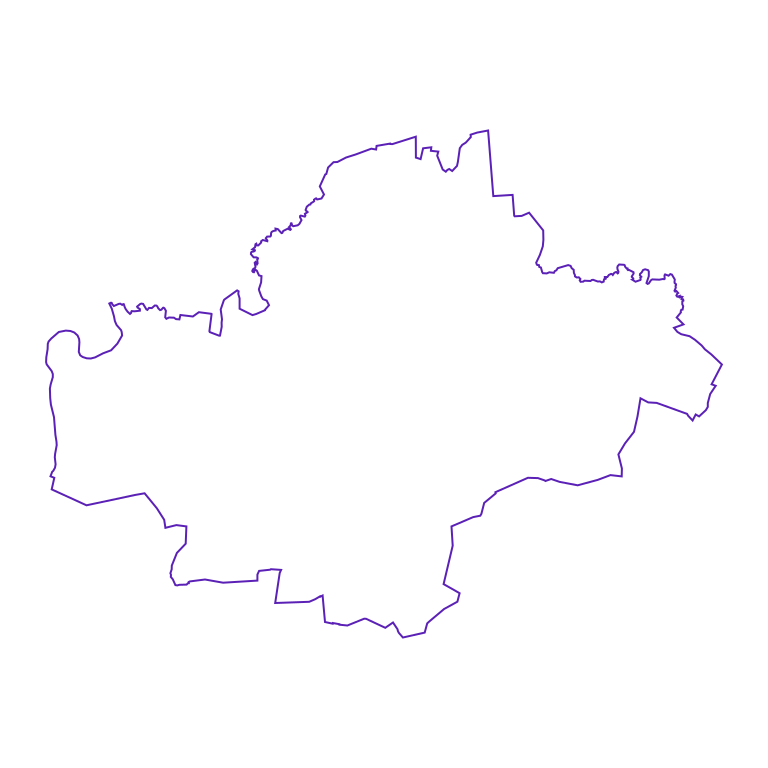 Vārmes pag., Kuldigas, Latvia (orthographic projection)
{"feature_id": "27541924B31224104965388", "entity_name": "Vārmes pag.", "entity_type": "district", "adm_level": 2, "iso_a3": "LVA", "parent_name": "Latvia", "parent_adm1": "Kuldigas", "projection": "orthographic", "projection_center": [22.227, 56.858], "detail": "fine", "context": "isolated", "style": "outline", "palette": "violet", "viewbox_px": 768, "rotation_deg": 0, "n_neighbors": 0, "source": "geoboundaries", "source_scale": "gbopen_adm2", "svg_char_len": 6086}
<svg xmlns="http://www.w3.org/2000/svg" viewBox="0 0 768 768"><path d="M529.1,212.7L521.7,215.9L514.7,216.3L514.2,215.7L512.6,194.9L493.3,196.1L488.1,130.5L477.1,132.6L470.6,134.7L470.8,137.1L465.8,142.6L462.2,144.9L459.8,148.2L457.9,161.8L457.0,165.9L452.2,171.0L449.2,169.0L447.4,169.9L445.8,171.7L442.7,169.5L437.2,155.7L438.3,151.6L430.9,150.8L431.3,147.3L423.1,148.3L420.6,159.1L415.9,157.6L415.8,136.7L392.4,144.1L390.2,144.0L390.1,143.6L376.6,145.9L376.1,149.5L371.3,148.7L355.6,154.5L346.1,157.5L337.4,162.0L333.5,162.2L328.1,167.5L326.3,174.0L325.2,174.5L319.8,186.4L324.0,194.5L321.5,198.5L317.5,199.4L317.0,199.4L316.3,198.4L315.6,198.5L314.0,199.7L314.2,201.1L313.8,201.5L310.9,203.3L310.4,204.5L309.3,204.6L306.8,206.7L305.6,210.0L306.2,210.9L307.5,211.7L307.6,212.2L304.9,213.8L305.4,215.6L304.8,216.6L300.8,215.6L300.1,216.0L300.0,217.1L301.5,220.1L299.4,223.9L297.7,225.3L293.2,226.2L292.3,225.6L291.5,223.3L290.9,223.4L290.6,225.4L289.0,227.1L290.6,228.8L290.8,229.4L290.3,229.9L287.7,228.7L283.2,231.0L282.3,232.9L281.5,233.1L277.8,229.1L275.5,228.6L275.7,230.5L273.3,231.0L271.7,231.9L271.1,233.0L270.9,235.8L270.3,236.5L267.1,236.6L265.8,238.2L267.4,240.6L267.3,241.2L262.8,240.0L261.1,241.3L261.1,242.6L258.3,245.4L256.7,245.4L256.3,243.7L255.5,244.2L255.0,247.3L252.4,249.3L254.9,250.2L254.9,250.7L253.7,251.5L251.8,251.8L251.1,252.4L250.9,254.1L253.6,257.3L256.4,257.4L257.8,258.0L258.0,258.7L257.2,259.4L257.6,263.4L257.0,264.3L255.5,262.0L254.7,262.8L255.5,266.9L255.0,268.0L253.3,268.9L252.4,270.4L252.3,271.1L253.1,272.1L254.0,272.2L254.7,270.1L255.3,269.7L256.0,270.1L256.9,270.8L259.0,275.4L261.5,276.1L261.1,282.4L258.9,289.2L259.2,290.6L261.3,296.3L262.9,299.1L266.7,300.6L269.0,305.2L264.7,310.1L264.8,310.3L256.2,314.0L252.5,315.1L239.6,308.7L239.6,298.4L238.3,293.9L238.6,291.3L237.1,290.4L224.3,299.6L223.8,300.4L220.7,309.5L222.0,319.3L221.6,322.6L221.7,326.8L220.0,335.6L219.2,335.7L209.8,332.1L209.4,331.2L211.6,314.0L211.3,313.8L198.9,312.2L192.9,316.5L180.4,315.0L179.4,319.4L176.0,319.1L174.0,317.7L169.0,317.5L166.4,318.8L165.2,317.3L165.9,310.8L164.4,308.2L163.6,307.7L163.0,307.8L161.4,309.7L160.1,310.1L158.3,308.4L157.3,306.4L156.5,305.6L154.8,305.5L151.8,308.1L149.0,307.9L147.4,309.9L146.4,309.4L143.1,303.9L141.3,303.6L140.2,304.0L137.1,306.6L137.5,307.5L139.9,309.1L139.9,310.7L134.5,311.3L131.7,311.1L131.4,311.5L131.1,312.9L130.0,313.9L127.6,311.7L125.7,309.1L124.8,307.3L123.8,304.2L123.2,304.1L122.2,304.9L120.3,303.7L118.8,303.9L113.9,306.0L112.3,304.3L111.7,302.9L111.0,302.7L109.3,303.5L111.8,308.7L114.0,316.4L114.9,321.1L116.6,325.0L121.1,330.2L121.7,332.1L122.1,335.5L117.4,343.6L111.1,350.3L103.1,353.3L95.1,357.4L90.8,358.5L86.7,358.3L82.7,357.0L80.2,355.3L78.8,351.9L79.4,342.3L79.1,339.0L77.6,335.5L74.3,332.5L70.5,331.0L65.8,330.6L58.8,332.0L51.3,338.5L48.6,341.5L47.8,343.8L47.6,349.2L46.3,357.3L46.1,362.1L46.7,364.4L51.7,371.1L52.8,374.0L52.8,377.2L50.7,384.3L49.9,388.5L50.2,398.0L50.9,404.6L54.0,417.2L55.4,434.8L56.5,441.8L56.7,445.2L55.1,453.9L54.8,457.3L55.6,464.3L55.0,467.7L53.3,470.8L52.2,471.8L50.5,476.3L54.3,477.8L51.7,489.4L86.5,505.3L134.9,495.0L144.6,493.3L156.8,508.2L164.2,519.8L165.4,527.8L176.4,525.1L186.4,526.4L185.7,543.7L176.9,552.9L171.8,565.6L171.7,569.3L170.4,573.2L171.0,574.9L170.8,576.9L172.8,579.3L175.4,585.1L177.3,585.4L179.4,584.8L186.6,584.6L187.8,583.3L188.8,583.2L188.7,582.0L190.0,581.4L205.0,579.5L223.1,582.7L257.4,580.6L257.4,574.6L259.1,570.9L270.2,569.7L270.9,569.2L281.1,569.9L279.7,573.0L275.2,603.0L309.2,601.8L315.2,599.2L320.1,596.3L320.3,596.7L322.6,595.5L325.0,622.0L332.7,623.7L332.8,623.0L339.4,624.2L339.4,624.7L347.4,625.5L364.2,618.7L366.1,618.8L385.3,627.8L393.0,622.5L397.5,629.2L397.9,631.0L398.8,632.8L402.9,637.5L424.7,632.6L427.2,623.4L428.9,621.8L444.1,609.0L457.4,601.7L459.6,593.2L443.6,584.1L452.7,545.7L451.5,526.4L473.2,517.1L480.3,515.7L481.4,513.8L484.2,502.9L495.7,493.4L495.4,492.2L527.9,477.8L538.0,478.1L544.9,480.5L545.4,481.0L551.2,479.0L559.7,481.9L577.7,485.3L597.7,479.9L610.5,475.1L621.7,476.4L621.9,468.5L618.4,454.4L625.0,443.4L634.0,431.8L637.5,416.4L640.5,398.3L648.2,402.4L656.7,402.9L687.1,413.9L688.2,415.8L692.6,420.5L695.7,414.5L699.1,416.4L705.9,410.1L707.8,406.9L707.8,403.0L710.2,394.0L715.7,385.8L711.6,384.3L721.9,364.5L711.3,354.4L704.9,349.3L701.7,345.5L695.0,339.8L689.6,336.2L681.2,334.2L677.4,331.9L674.0,327.8L683.5,324.4L676.7,317.5L680.9,312.4L680.7,311.2L681.3,309.8L682.6,309.6L683.2,306.2L682.3,304.3L682.3,301.4L683.4,300.7L683.1,299.4L681.7,299.2L681.9,298.8L681.4,298.1L682.3,296.9L680.7,296.5L679.4,297.4L678.8,296.9L679.2,296.1L677.3,296.7L676.4,295.6L677.2,293.7L678.2,293.0L676.4,291.0L675.2,291.6L674.5,290.8L675.8,287.6L675.5,286.1L676.0,285.1L676.0,284.2L674.7,283.1L674.5,282.0L674.8,279.5L671.9,274.6L670.3,274.1L668.6,275.7L665.1,274.4L664.6,275.1L664.5,275.8L664.7,278.8L664.1,279.2L662.9,279.0L659.3,279.7L652.3,279.4L651.0,280.2L648.8,283.4L647.6,283.9L646.5,283.0L648.8,276.2L648.8,271.4L648.0,270.1L645.1,269.3L643.1,270.0L641.7,272.4L640.0,274.0L639.9,275.2L641.3,276.8L640.3,277.5L640.7,279.1L640.4,280.0L635.5,281.7L632.3,279.7L633.2,279.4L633.3,278.5L631.8,276.9L631.8,276.4L633.6,273.6L633.5,272.2L629.2,270.0L628.0,270.1L627.5,269.5L627.8,269.1L627.6,268.4L626.5,268.3L625.1,266.7L624.7,265.2L624.0,264.8L619.2,264.5L617.7,266.1L617.3,267.5L617.5,269.2L618.5,271.8L618.1,273.1L617.7,273.4L616.2,272.0L615.5,272.2L614.3,272.8L612.8,275.0L611.8,274.0L611.0,273.9L608.8,275.0L607.4,277.0L604.8,277.0L604.8,277.6L605.8,278.4L605.7,278.8L604.2,279.2L603.8,280.2L603.7,281.6L601.8,282.4L600.0,281.4L597.8,281.5L593.1,279.8L591.8,280.0L590.5,281.0L584.4,280.7L583.3,281.6L580.6,281.8L579.7,280.3L580.4,279.0L578.8,277.3L576.8,277.5L575.0,276.4L574.9,275.0L573.9,272.9L573.7,269.8L571.7,268.2L570.6,265.9L568.2,265.1L557.7,268.2L556.4,270.3L554.8,271.1L553.9,272.8L549.3,272.3L546.8,273.4L542.9,273.2L542.2,272.1L540.9,267.5L539.3,267.0L538.9,265.1L537.3,265.0L536.8,264.5L536.2,262.7L539.9,254.9L542.8,246.4L543.4,239.9L543.2,230.4L529.1,212.7Z" fill="none" stroke="#5b21b6" stroke-width="2"/></svg>